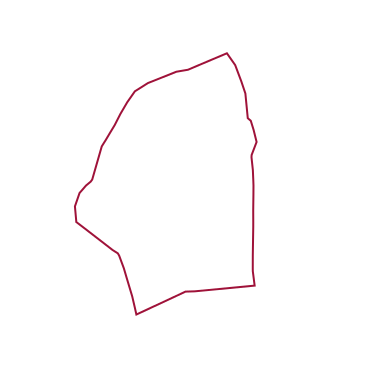 Santo Domingo Yodohino, Oaxaca, Mexico, rotated 128°
{"feature_id": "50627088B73301150640580", "entity_name": "Santo Domingo Yodohino", "entity_type": "district", "adm_level": 2, "iso_a3": "MEX", "parent_name": "Mexico", "parent_adm1": "Oaxaca", "projection": "orthographic", "projection_center": [-97.701, 17.639], "detail": "fine", "context": "isolated", "style": "outline", "palette": "rose", "viewbox_px": 384, "rotation_deg": 128, "n_neighbors": 0, "source": "geoboundaries", "source_scale": "gbopen_adm2", "svg_char_len": 837}
<svg xmlns="http://www.w3.org/2000/svg" viewBox="0 0 384 384"><g transform="rotate(128 192 192)"><path d="M274.5,135.8L268.6,128.7L227.2,85.0L217.1,95.2L215.4,96.6L204.6,105.0L181.6,122.4L178.0,125.2L168.6,132.6L156.5,141.8L149.1,147.5L145.4,150.6L137.3,157.5L128.0,166.5L126.1,167.8L112.8,171.9L105.2,181.6L99.7,189.5L99.5,193.5L81.5,210.6L74.5,221.2L65.4,236.1L61.2,249.9L63.9,251.4L75.9,258.1L87.4,264.5L98.1,270.4L106.9,278.4L133.3,293.8L147.8,299.0L161.1,298.3L174.5,296.5L186.9,294.1L196.1,293.0L204.7,291.9L206.9,291.7L211.6,291.2L243.6,278.3L246.2,278.2L252.2,279.5L252.5,279.5L254.0,279.6L254.5,279.6L262.0,280.0L275.4,275.4L286.1,265.4L286.9,264.7L286.8,257.6L286.6,218.7L286.0,212.7L287.0,210.2L294.1,198.7L299.9,190.6L311.1,174.8L318.6,165.5L322.8,160.4L274.5,135.8Z" fill="none" stroke="#9f1239" stroke-width="2"/></g></svg>